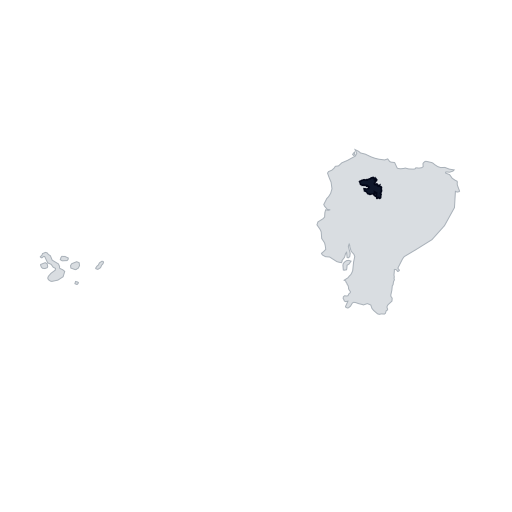 Quito, Pichincha, Ecuador (highlighted), rotated 348°
{"feature_id": "8360857B23484517950931", "entity_name": "Quito", "entity_type": "district", "adm_level": 2, "iso_a3": "ECU", "parent_name": "Ecuador", "parent_adm1": "Pichincha", "projection": "albers", "projection_center": [-78.517, -0.167], "detail": "fine", "context": "in_parent", "style": "filled", "palette": "ink", "viewbox_px": 512, "rotation_deg": 348, "n_neighbors": 0, "source": "geoboundaries", "source_scale": "gbopen_adm2", "svg_char_len": 8339}
<svg xmlns="http://www.w3.org/2000/svg" viewBox="0 0 512 512"><g transform="rotate(348 256 256)"><path d="M467.7,213.0L466.3,213.9L462.7,214.3L460.0,213.4L458.9,213.4L458.7,214.3L462.3,216.7L464.1,220.8L466.6,223.4L468.2,224.6L468.3,225.5L467.8,227.2L467.7,228.6L468.6,234.9L468.0,235.3L466.0,235.3L464.5,234.2L460.2,249.9L446.7,265.5L431.5,276.6L413.8,283.0L400.9,287.4L398.9,289.1L392.5,297.0L392.3,297.8L393.1,299.1L393.2,300.0L392.2,300.5L391.4,300.6L391.1,300.2L390.8,299.2L389.9,298.3L388.9,298.0L388.4,298.2L388.3,299.1L387.0,303.3L386.9,305.4L386.4,306.2L386.4,308.1L385.1,309.8L384.1,312.6L383.1,313.5L381.7,317.9L379.7,322.3L379.6,323.8L380.2,324.9L380.4,325.7L379.6,328.4L375.0,331.1L373.8,332.4L373.4,333.8L373.7,335.1L373.5,336.1L372.1,336.5L370.6,339.0L369.5,339.5L366.6,338.7L364.5,338.7L362.9,337.9L359.7,333.7L358.5,331.3L358.1,327.8L355.0,325.7L350.9,326.2L349.6,325.4L346.6,324.0L344.0,322.4L342.0,321.6L340.5,322.0L338.0,324.7L335.7,325.9L334.7,325.9L333.3,325.0L333.0,324.1L336.5,319.3L333.9,319.2L333.0,318.2L332.9,317.0L332.4,315.7L332.9,314.2L334.3,313.3L336.4,314.0L337.8,314.0L338.7,312.6L340.6,311.4L341.0,310.7L340.0,308.4L339.7,307.1L340.0,306.4L339.9,303.9L339.3,302.9L339.2,301.5L338.7,300.7L338.5,299.0L337.2,298.0L341.5,296.4L343.0,295.1L344.9,293.9L346.5,292.0L347.6,290.3L350.2,282.2L352.5,277.0L352.1,274.6L350.1,271.2L349.7,266.4L349.9,264.9L349.6,263.7L348.3,265.8L348.7,273.0L347.5,276.2L345.8,277.0L344.8,276.4L345.4,271.2L344.2,272.1L342.3,275.7L339.1,278.4L339.0,279.3L338.2,280.3L335.8,279.3L333.9,278.3L327.8,272.3L323.8,271.1L321.4,269.0L320.9,268.2L320.6,267.0L323.1,265.7L325.6,264.0L325.9,260.3L325.8,257.4L323.9,252.5L324.8,246.0L324.3,243.5L322.1,238.2L323.7,235.5L329.3,233.5L331.2,232.2L332.4,227.9L333.7,225.3L336.2,226.4L338.2,226.2L335.5,225.3L333.4,221.5L333.0,219.7L337.2,214.5L339.3,213.1L342.0,210.3L344.3,206.1L344.8,199.5L343.9,194.8L343.2,189.8L344.5,188.5L347.9,187.9L350.7,186.3L352.2,184.8L355.5,185.0L359.3,182.7L365.4,181.5L374.0,178.9L375.9,176.6L375.0,172.5L378.2,175.0L379.6,176.9L384.1,179.1L389.2,183.0L392.6,185.1L396.4,186.9L401.8,188.8L405.0,188.4L406.4,191.4L407.7,192.3L410.8,193.3L411.1,193.7L412.3,199.1L413.0,199.9L415.7,200.8L419.0,201.1L420.3,201.0L423.2,202.5L427.7,203.7L429.3,203.9L430.0,203.7L430.3,203.1L431.6,203.2L433.5,203.9L436.4,204.1L438.1,203.4L438.5,200.4L439.1,199.7L441.1,198.6L442.2,198.8L447.4,201.2L448.5,202.1L449.8,203.8L452.3,206.3L455.0,207.9L459.1,208.6L463.1,211.2L467.7,213.0ZM53.2,211.3L54.9,213.0L55.8,217.7L61.1,222.7L61.7,225.5L61.3,226.8L61.5,227.3L64.1,229.3L65.7,231.3L63.0,236.2L57.2,238.4L51.0,238.4L49.7,237.8L48.0,236.0L47.7,234.3L48.7,232.7L51.9,230.3L56.7,228.1L57.3,226.4L55.3,224.8L53.9,221.6L50.8,219.4L49.2,212.6L48.2,212.3L46.1,213.3L45.0,212.4L44.8,212.0L47.1,210.4L47.6,209.3L50.9,208.7L52.4,209.6L53.2,211.3ZM77.8,231.7L76.4,231.8L72.4,229.3L72.6,226.8L74.2,225.2L79.4,224.3L81.6,225.8L81.4,228.7L79.7,230.9L78.3,231.3L77.8,231.7ZM342.2,287.2L341.7,288.3L339.2,288.2L338.5,287.8L339.1,283.1L339.8,281.5L341.8,280.1L343.5,279.4L345.6,279.5L347.9,280.8L345.2,283.3L343.2,283.9L342.2,287.2ZM49.4,224.0L46.8,224.4L44.6,223.6L43.7,222.2L43.4,220.1L43.6,219.5L48.5,218.7L50.1,220.4L50.1,222.9L49.4,224.0ZM101.5,235.1L98.5,236.2L96.8,235.2L96.6,234.6L98.3,232.9L99.9,232.1L101.4,230.2L104.1,229.1L104.9,229.3L105.4,229.7L105.6,230.3L104.7,231.8L103.1,232.9L101.5,235.1ZM71.4,220.4L70.2,221.2L65.4,220.4L63.8,218.9L65.0,216.8L66.0,216.0L69.0,216.7L72.0,219.0L71.4,220.4ZM75.6,246.5L74.6,246.5L73.1,245.4L74.2,243.4L76.2,244.4L76.8,245.2L75.6,246.5ZM373.7,177.7L372.3,177.9L371.6,176.7L373.4,175.2L374.0,174.9L373.7,177.7Z" fill="#d9dde1" stroke="#a8b0b8" stroke-width="1"/><path d="M391.2,221.9L391.2,221.4L390.9,221.2L390.7,220.7L391.0,220.4L391.0,220.1L391.3,220.0L391.5,219.6L391.8,219.3L392.1,218.7L392.2,218.8L392.4,218.4L392.3,218.2L392.3,217.9L392.4,217.7L392.5,217.6L392.4,217.4L392.5,217.0L392.4,216.8L392.4,216.7L392.4,216.3L392.5,216.2L392.4,216.0L392.5,215.7L392.3,215.4L392.7,214.9L393.0,215.0L393.0,214.7L392.6,214.1L392.3,214.0L392.0,213.8L391.4,213.6L391.0,213.5L390.7,213.3L390.3,213.4L390.2,213.3L390.5,213.3L390.7,213.2L391.2,213.1L391.3,213.0L391.6,212.8L391.8,212.4L391.5,212.5L391.0,212.4L390.6,212.7L390.2,212.7L389.7,212.5L389.4,212.2L389.3,211.9L389.5,211.7L389.8,211.5L390.1,211.7L389.7,211.2L389.6,210.9L389.4,210.8L389.2,210.8L389.0,210.7L388.9,210.6L388.7,210.8L388.6,211.0L388.2,211.0L388.1,210.7L387.6,211.0L387.4,210.9L387.4,211.0L387.2,211.1L387.0,210.8L387.0,210.6L387.0,210.4L386.9,210.3L386.9,210.2L386.7,210.1L386.8,209.9L386.8,209.6L387.1,209.4L387.5,209.1L387.6,208.6L388.1,208.5L388.2,208.3L388.4,208.2L388.5,208.1L388.8,207.9L389.0,207.6L388.9,207.6L388.8,207.4L389.0,207.3L389.0,207.2L389.5,207.2L389.3,206.7L389.4,206.4L389.7,206.3L389.5,206.1L389.6,205.9L389.5,205.7L389.3,205.5L389.3,205.3L389.0,205.3L388.9,205.2L388.7,205.2L388.7,204.9L388.4,205.2L388.1,205.7L387.6,206.0L387.6,205.8L387.8,205.5L387.9,205.3L388.0,205.1L388.0,204.9L387.9,204.7L388.1,204.5L387.7,204.4L387.6,204.2L387.4,203.7L387.2,203.8L387.0,203.7L387.0,203.8L386.9,203.9L386.8,203.7L386.4,203.6L386.1,203.9L385.8,204.0L385.5,203.9L385.4,203.8L385.3,203.7L385.2,203.5L384.8,203.6L384.6,203.6L384.4,203.8L384.2,204.0L384.0,204.3L383.8,204.2L383.7,204.2L383.4,204.1L383.2,204.2L382.9,204.3L382.7,204.3L382.4,204.3L381.8,204.3L381.6,204.4L381.7,204.5L381.4,204.4L381.3,204.5L381.1,204.5L380.8,204.8L380.5,204.7L380.4,204.6L379.8,204.7L379.6,204.5L379.6,204.3L379.2,204.4L379.2,204.5L378.9,204.5L378.7,204.4L378.3,204.3L378.0,204.1L377.9,204.0L377.8,203.9L377.5,204.0L377.4,203.9L377.2,203.8L376.5,204.1L376.3,204.2L376.0,204.1L375.7,203.9L375.1,204.0L374.9,204.1L374.6,204.2L374.5,204.4L374.1,204.4L374.1,204.5L373.7,204.6L373.3,204.4L373.2,204.5L373.0,204.8L372.7,204.9L372.8,205.1L373.0,205.2L372.9,205.2L373.1,205.6L373.0,206.0L373.1,206.3L373.1,206.5L373.1,206.9L373.0,207.1L373.1,207.4L373.1,207.6L373.4,208.0L373.6,208.1L373.8,208.2L374.0,208.2L374.0,208.3L374.3,208.5L374.3,208.4L374.3,208.5L374.7,208.6L374.9,208.7L375.0,208.6L375.5,208.8L375.4,208.9L375.5,208.9L375.5,209.0L375.5,208.9L375.6,209.1L376.0,209.2L376.3,209.2L376.3,209.3L376.6,209.3L376.6,209.5L376.8,209.5L376.8,209.4L376.8,209.5L376.9,209.3L377.0,209.2L377.4,209.3L377.5,209.4L377.6,209.5L377.8,209.6L378.0,209.7L378.1,209.8L378.3,209.9L378.4,210.1L378.5,210.2L378.6,210.4L378.5,210.7L378.6,210.8L379.0,210.9L379.2,211.0L379.3,210.9L379.5,210.8L379.6,210.7L379.8,210.5L379.8,210.4L380.2,210.8L380.3,211.1L380.6,211.4L380.8,211.7L380.6,211.7L380.3,211.8L380.5,212.1L380.5,212.4L380.5,212.8L380.4,212.8L380.2,213.2L380.2,213.6L379.7,213.5L379.4,213.5L379.2,213.5L378.8,213.4L378.7,213.5L378.3,213.6L378.1,213.5L377.5,213.4L377.3,213.2L376.9,213.0L376.6,212.8L376.1,213.1L376.1,212.9L375.7,212.7L375.7,213.0L375.9,213.1L375.6,213.4L375.6,213.6L375.7,213.8L375.7,214.0L375.7,214.3L375.8,214.8L375.7,214.9L376.3,215.4L376.5,215.5L376.8,215.7L377.0,215.6L377.1,215.9L377.3,216.0L377.5,216.3L377.6,216.6L377.8,216.8L378.0,217.3L378.0,217.8L378.4,218.2L378.4,218.4L378.6,218.6L378.8,218.4L379.2,218.5L379.7,218.5L379.8,218.7L379.9,218.9L380.0,218.9L380.0,219.3L380.2,219.5L380.5,219.4L380.8,219.5L381.2,219.5L381.3,219.4L381.6,219.4L382.0,219.3L382.4,219.3L382.8,219.4L383.2,219.5L383.5,219.4L383.7,219.6L384.1,219.6L384.3,219.8L384.1,219.8L383.9,220.0L383.8,220.4L384.1,220.7L384.2,221.1L384.5,221.4L384.5,221.6L384.9,222.0L385.1,221.5L385.0,221.4L385.0,221.5L385.0,221.2L385.1,220.9L385.0,220.6L385.3,220.0L385.1,219.9L385.1,219.7L385.0,219.4L385.3,219.1L385.1,219.0L385.0,218.9L384.9,218.8L385.0,218.6L385.1,218.3L385.3,218.1L385.3,217.7L385.6,218.0L386.1,218.3L386.2,218.5L386.3,218.5L386.5,218.8L386.5,219.1L386.6,219.3L386.8,219.3L386.7,219.4L386.8,219.4L386.8,219.5L387.0,219.8L387.1,220.0L387.0,220.3L386.9,220.3L386.8,220.6L386.6,221.3L386.6,221.6L386.3,221.9L386.2,222.7L386.0,222.9L386.0,223.0L386.3,223.7L386.1,224.3L386.1,224.6L386.3,224.9L386.5,224.9L386.8,224.6L387.0,224.5L387.4,224.4L387.5,224.4L387.7,224.1L387.8,224.1L387.8,224.3L388.0,224.4L388.0,224.5L388.2,224.8L388.3,224.9L388.5,224.9L388.6,225.2L388.6,225.3L388.8,225.4L389.2,225.4L389.5,225.1L389.8,225.1L390.1,224.9L390.1,224.5L390.4,223.9L390.3,223.5L390.4,223.4L390.5,223.2L390.9,222.3L391.2,221.9Z" fill="#0f172a" stroke="#020617" stroke-width="1.5"/></g></svg>